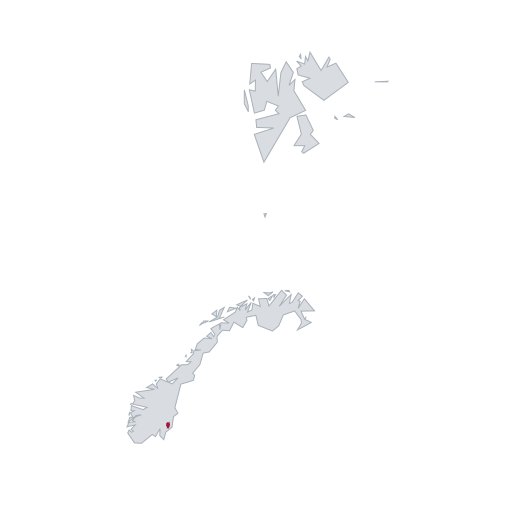 Sør-Odal nor, Hedmark, Norway shown in context, rotated 14°
{"feature_id": "86288312B58904882216706", "entity_name": "Sør-Odal nor", "entity_type": "district", "adm_level": 2, "iso_a3": "NOR", "parent_name": "Norway", "parent_adm1": "Hedmark", "projection": "mercator", "projection_center": [11.753, 60.212], "detail": "medium", "context": "in_parent", "style": "filled", "palette": "rose", "viewbox_px": 512, "rotation_deg": 14, "n_neighbors": 0, "source": "geoboundaries", "source_scale": "gbopen_adm2", "svg_char_len": 4483}
<svg xmlns="http://www.w3.org/2000/svg" viewBox="0 0 512 512"><g transform="rotate(14 256 256)"><path d="M270.2,313.6L261.4,317.8L262.8,320.6L260.5,328.7L250.6,325.5L248.3,335.0L241.5,336.1L237.6,343.4L239.3,349.1L233.8,360.4L228.2,363.0L227.8,375.0L222.9,385.1L225.4,386.7L225.3,391.8L214.1,398.5L214.0,422.9L218.3,427.5L214.8,431.8L215.9,442.6L211.1,448.7L210.9,456.5L206.1,453.5L204.7,446.7L202.2,455.5L198.5,454.3L190.2,465.4L183.3,466.8L174.4,458.8L175.0,455.5L177.9,457.1L179.5,455.6L176.6,454.5L179.7,449.1L172.1,453.0L173.2,448.1L178.6,446.1L175.7,445.5L178.1,441.1L183.2,437.8L178.2,439.8L172.2,448.2L172.6,442.9L175.5,442.4L172.2,438.6L175.2,435.6L172.0,436.3L171.4,431.3L183.5,432.4L186.9,429.2L172.0,429.5L173.4,425.8L170.9,420.9L177.4,422.0L181.7,421.0L172.2,417.3L189.8,409.9L181.7,410.1L186.7,405.1L192.9,408.5L190.2,404.3L192.7,398.5L205.7,400.3L209.8,393.1L201.5,399.7L198.6,397.1L210.0,379.6L216.1,377.9L218.5,374.4L213.8,375.3L219.2,365.5L217.7,363.4L225.2,360.5L219.7,361.5L220.3,355.4L225.6,348.1L233.4,346.9L227.6,345.8L230.7,341.1L234.4,344.6L235.0,341.9L229.7,337.4L236.9,330.7L238.7,336.3L238.1,329.3L246.1,327.6L239.9,325.8L249.4,315.5L250.3,310.2L253.9,312.9L252.4,309.9L258.8,304.5L258.5,311.0L262.6,302.1L261.3,312.4L265.1,309.4L264.4,302.6L272.4,304.0L268.8,297.0L276.7,294.6L280.7,301.4L289.1,283.1L295.1,286.6L290.7,299.2L299.4,284.9L299.9,293.9L302.3,292.1L305.9,281.6L310.7,283.7L307.7,289.1L309.9,289.3L309.5,296.8L313.3,285.8L326.0,295.1L313.0,298.6L318.4,305.6L325.7,307.1L314.1,317.8L316.3,310.2L315.1,306.8L306.8,300.0L296.8,306.5L294.9,318.3L290.1,324.8L275.0,322.8L270.2,313.6ZM238.3,60.3L247.8,68.8L246.8,82.5L251.1,75.3L252.8,86.5L268.9,102.7L255.6,113.6L241.0,163.1L224.9,138.4L242.3,127.5L225.5,131.1L223.0,123.8L243.8,112.4L239.5,109.9L241.5,105.1L229.1,103.3L228.8,112.5L219.9,117.7L209.3,96.3L215.4,96.2L212.9,85.5L208.3,90.6L205.2,70.2L223.1,66.7L224.5,70.1L216.3,76.5L224.7,84.0L229.9,69.9L238.9,95.5L235.8,71.9L238.3,60.3ZM259.1,45.2L274.3,60.3L278.6,45.4L280.4,47.1L279.2,55.5L286.9,49.6L303.5,65.2L284.2,88.6L261.4,79.1L258.7,75.8L265.3,70.5L253.1,70.1L250.3,64.4L253.9,60.8L248.3,57.1L256.8,58.0L255.8,50.5L259.2,54.1L259.1,45.2ZM270.3,107.1L281.2,120.3L279.2,124.8L289.9,131.5L277.4,144.8L275.1,143.7L276.7,137.2L266.2,139.7L270.5,126.8L262.0,110.6L270.3,107.1ZM235.4,325.4L240.1,322.8L226.5,331.3L233.4,324.5L233.8,317.4L237.6,313.6L235.4,325.4ZM242.8,312.1L249.2,311.5L241.7,317.0L242.8,312.1ZM249.1,308.0L258.3,300.8L253.4,308.4L249.1,308.0ZM204.5,97.7L212.0,111.9L213.7,117.9L207.8,111.1L204.5,97.7ZM231.1,318.1L232.2,324.5L227.2,322.9L231.1,318.1ZM281.2,286.6L277.5,291.6L272.6,289.5L278.3,288.5L281.2,286.6ZM281.8,290.2L280.2,295.9L278.1,294.4L281.8,290.2ZM220.8,331.8L225.7,330.5L220.4,334.5L220.8,331.8ZM341.4,55.2L329.1,58.3L341.8,54.5L341.4,55.2ZM311.4,95.7L318.4,97.7L307.7,99.3L311.4,95.7ZM292.3,282.7L296.1,281.4L297.3,282.6L292.3,282.7ZM284.2,288.7L283.5,291.8L282.5,289.2L284.2,288.7ZM264.6,297.1L264.5,300.1L263.1,299.1L264.6,297.1ZM255.8,212.4L255.3,216.0L253.5,213.1L255.8,212.4ZM302.4,104.0L299.1,103.3L298.8,101.4L302.4,104.0ZM207.2,379.6L208.2,381.5L205.5,381.1L207.2,379.6ZM258.3,296.5L260.1,297.6L261.2,299.4L258.3,296.5ZM250.5,49.5L251.9,53.5L249.7,52.0L250.5,49.5ZM193.9,397.1L190.9,397.3L194.0,396.2L193.9,397.1ZM189.7,400.2L188.6,401.8L188.1,401.0L189.7,400.2ZM219.6,335.1L217.9,337.2L219.7,333.6L219.6,335.1ZM171.7,439.3L171.3,441.6L171.1,438.6L171.7,439.3ZM216.5,363.8L215.8,362.2L216.7,362.3L216.5,363.8ZM319.3,302.8L318.8,305.2L318.7,304.7L319.3,302.8ZM217.3,365.4L215.6,365.8L217.7,365.0L217.3,365.4ZM212.3,369.2L212.5,370.8L211.6,370.3L212.3,369.2ZM170.9,429.4L170.2,430.8L170.3,429.6L170.9,429.4Z" fill="#d9dde1" stroke="#a8b0b8" stroke-width="1"/><path d="M212.5,442.9L212.4,442.7L212.5,442.6L212.4,442.4L212.5,442.2L212.6,441.9L212.5,441.7L212.4,441.7L212.5,441.4L212.5,441.2L212.4,441.1L212.6,440.9L212.6,440.6L212.6,440.4L212.5,440.2L212.4,440.2L212.1,439.8L212.0,439.7L211.9,439.6L211.7,439.5L211.7,439.4L211.6,439.5L211.4,439.7L211.1,439.6L210.9,439.5L210.7,439.5L210.8,439.9L210.8,440.0L210.7,440.3L210.6,440.2L210.4,440.2L210.2,440.4L210.4,440.6L210.5,440.6L210.6,440.8L210.5,441.1L210.6,441.3L210.6,441.5L210.4,441.7L210.4,441.8L210.5,441.8L210.6,442.0L210.8,442.2L210.8,442.3L211.0,442.4L211.1,442.5L211.3,442.6L211.5,442.8L211.7,443.0L211.8,443.0L211.8,443.3L211.9,443.2L212.0,443.3L212.0,443.2L212.5,443.1L212.5,442.9Z" fill="#f43f5e" stroke="#9f1239" stroke-width="1.5"/></g></svg>